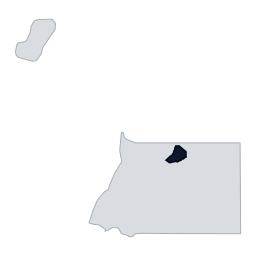 Nkue, Kié-Ntem, Equatorial Guinea shown in context
{"feature_id": "11065452B3926826010895", "entity_name": "Nkue", "entity_type": "district", "adm_level": 2, "iso_a3": "GNQ", "parent_name": "Equatorial Guinea", "parent_adm1": "Kié-Ntem", "projection": "orthographic", "projection_center": [10.46, 2.021], "detail": "fine", "context": "in_parent", "style": "filled", "palette": "ink", "viewbox_px": 256, "rotation_deg": 0, "n_neighbors": 0, "source": "geoboundaries", "source_scale": "gbopen_adm2", "svg_char_len": 2706}
<svg xmlns="http://www.w3.org/2000/svg" viewBox="0 0 256 256"><path d="M240.1,142.9L240.2,160.9L240.3,176.1L240.4,192.6L240.5,209.8L240.6,224.3L240.6,233.7L224.7,233.7L203.6,233.6L182.5,233.6L161.3,233.5L150.7,233.4L139.0,233.4L135.2,233.9L132.7,236.3L129.6,236.8L126.0,234.8L121.6,233.8L120.4,231.7L118.2,227.9L113.9,227.5L111.7,227.9L108.5,230.1L105.0,231.2L105.7,229.5L98.7,224.8L93.7,224.3L89.1,222.9L92.8,210.7L97.5,199.9L104.5,191.7L108.2,189.7L109.4,185.7L115.0,172.4L121.8,161.6L119.7,150.6L121.4,132.3L123.3,132.8L123.7,134.5L124.2,137.1L126.7,139.4L135.3,142.9L160.7,142.9L175.9,142.9L198.3,142.9L222.0,142.9L240.1,142.9ZM38.8,19.2L40.7,19.5L52.3,19.2L55.5,23.3L55.1,29.4L43.1,47.0L40.9,54.5L36.3,60.7L32.3,61.2L18.5,57.5L16.2,55.3L15.4,52.3L16.7,45.2L17.7,43.1L24.3,41.8L26.5,40.6L30.0,33.0L31.2,26.1L34.2,20.9L38.8,19.2Z" fill="#d9dde1" stroke="#a8b0b8" stroke-width="1"/><path d="M186.0,157.1L186.0,154.5L186.0,154.3L186.0,151.7L182.9,149.1L179.1,145.9L175.7,146.0L175.5,146.6L175.4,147.2L174.9,147.7L174.7,150.3L174.3,150.4L174.1,150.5L174.0,150.8L174.0,151.1L174.0,151.3L174.0,151.5L173.9,151.8L173.6,151.9L173.6,152.0L173.6,152.3L173.6,152.5L173.7,152.8L173.7,153.1L173.4,153.3L173.2,153.3L173.0,153.5L173.1,153.8L172.9,153.9L173.0,154.0L173.1,154.3L173.0,154.5L172.9,154.5L172.7,154.6L172.4,154.7L172.4,154.8L172.2,155.0L171.9,155.2L171.7,155.3L171.4,155.5L171.2,155.6L170.9,155.8L170.7,156.0L170.4,156.1L170.2,156.2L170.2,156.3L169.8,156.6L169.5,156.9L169.4,157.1L169.2,157.2L169.1,157.3L168.8,157.5L168.7,157.6L168.6,157.8L168.4,157.9L168.3,158.0L168.1,158.3L167.9,158.4L167.8,158.5L167.6,158.7L167.3,158.9L166.8,159.6L166.7,159.6L166.3,159.9L166.0,160.2L166.8,160.6L167.0,160.7L167.3,160.8L167.5,160.9L167.5,161.0L167.4,161.3L167.5,161.4L167.7,161.5L167.8,161.5L168.0,161.7L168.2,161.8L168.6,162.0L169.0,162.2L169.2,162.3L169.2,162.5L169.3,162.6L169.5,162.7L169.8,162.6L170.0,162.6L170.2,162.4L170.4,162.3L170.4,162.2L170.5,162.2L170.8,162.0L171.0,162.0L171.3,162.1L171.5,162.2L171.5,162.3L171.8,162.1L171.9,161.9L172.0,161.8L172.3,161.9L172.5,161.9L172.6,162.0L172.8,162.1L173.0,162.1L173.2,161.9L173.3,161.9L173.5,161.8L173.8,161.6L174.0,161.5L174.3,161.6L174.5,161.6L174.8,161.6L175.0,161.4L175.1,161.5L175.6,161.2L175.8,161.3L176.0,161.3L176.1,161.5L176.3,161.5L176.4,161.4L176.4,161.2L176.5,161.2L176.8,161.4L176.8,161.5L176.9,161.8L177.0,161.9L177.3,161.8L177.5,161.8L178.7,161.3L179.1,160.9L179.4,160.5L179.6,160.6L180.3,160.5L180.8,160.3L181.0,160.3L181.3,159.9L181.5,159.6L181.8,159.2L182.4,158.9L183.2,159.0L183.7,158.7L184.0,158.4L183.9,158.0L184.1,157.5L184.7,157.3L185.0,157.5L185.6,157.3L185.8,157.1L186.0,157.1Z" fill="#0f172a" stroke="#020617" stroke-width="1.5"/></svg>